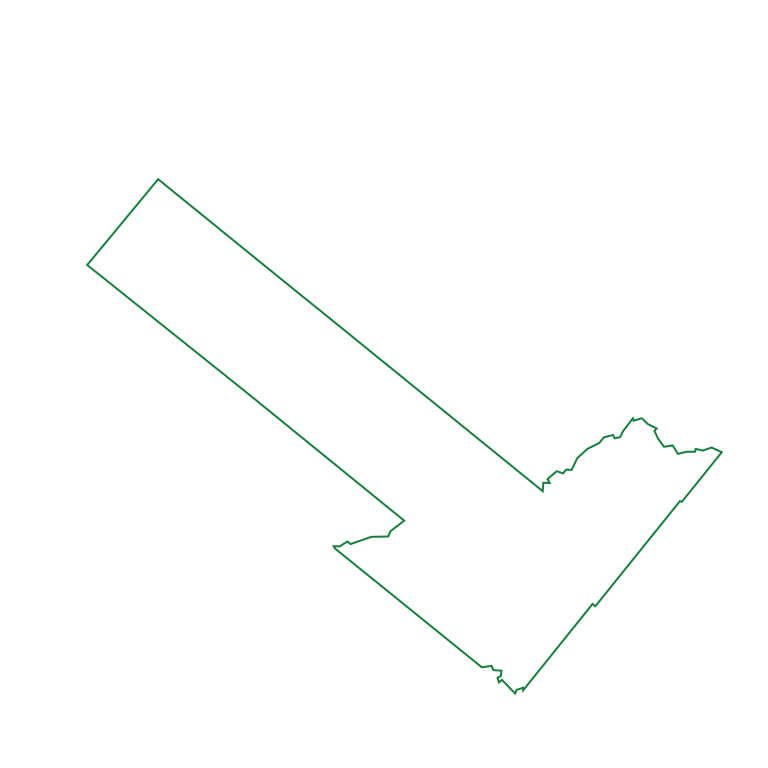 the district of Pennington, South Dakota, United States of America, rotated 39°
{"feature_id": "52423323B6635746218968", "entity_name": "Pennington", "entity_type": "district", "adm_level": 2, "iso_a3": "USA", "parent_name": "United States of America", "parent_adm1": "South Dakota", "projection": "equal_earth", "projection_center": [-102.496, 44.098], "detail": "fine", "context": "isolated", "style": "outline", "palette": "green", "viewbox_px": 768, "rotation_deg": 39, "n_neighbors": 0, "source": "geoboundaries", "source_scale": "gbopen_adm2", "svg_char_len": 989}
<svg xmlns="http://www.w3.org/2000/svg" viewBox="0 0 768 768"><g transform="rotate(39 384 384)"><path d="M449.3,542.7L638.3,542.6L644.9,535.4L649.1,537.5L655.7,532.9L658.5,537.1L657.1,540.8L661.1,543.6L661.9,539.7L680.6,542.0L679.5,538.3L683.2,532.6L684.9,534.5L684.5,423.7L688.1,423.7L687.7,288.8L689.6,288.1L689.4,224.4L678.6,227.2L673.6,235.1L667.2,238.2L668.3,240.9L661.9,246.1L656.4,253.3L647.0,250.1L641.1,256.6L631.3,254.0L623.8,250.3L623.9,247.0L614.3,249.1L605.9,248.4L601.2,255.3L599.0,254.0L599.5,270.4L600.9,276.8L597.4,281.1L594.1,279.5L588.5,286.9L588.4,294.5L582.9,306.4L580.9,320.1L583.9,332.7L579.4,335.9L579.4,340.7L573.1,343.1L570.9,355.0L575.0,356.7L570.0,360.5L574.8,367.4L377.9,367.2L369.1,367.2L354.0,367.2L305.2,367.1L258.5,367.2L217.8,367.2L79.6,367.0L78.8,445.6L78.8,446.2L78.4,478.3L280.9,477.1L485.7,477.5L481.7,494.4L483.3,499.8L470.3,510.8L458.7,529.5L454.7,529.4L451.8,538.0L447.0,541.8L449.3,542.7Z" fill="none" stroke="#15803d" stroke-width="2"/></g></svg>